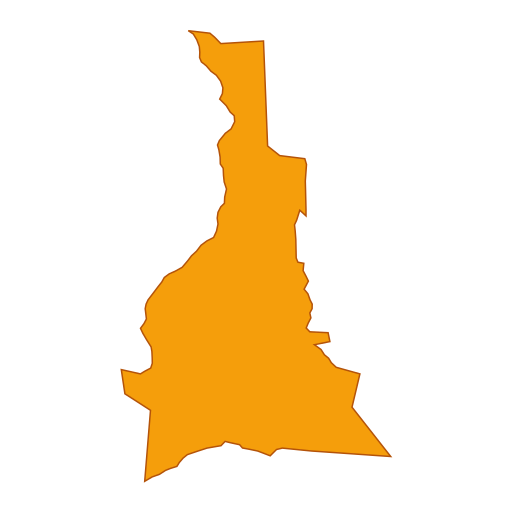 Condado, Paraíba, Brazil (Mercator projection)
{"feature_id": "56859067B6390679089384", "entity_name": "Condado", "entity_type": "district", "adm_level": 2, "iso_a3": "BRA", "parent_name": "Brazil", "parent_adm1": "Paraíba", "projection": "mercator", "projection_center": [-37.624, -6.87], "detail": "fine", "context": "isolated", "style": "filled", "palette": "amber", "viewbox_px": 512, "rotation_deg": 0, "n_neighbors": 0, "source": "geoboundaries", "source_scale": "gbopen_adm2", "svg_char_len": 1782}
<svg xmlns="http://www.w3.org/2000/svg" viewBox="0 0 512 512"><path d="M144.7,481.3L152.2,476.9L159.5,474.3L165.5,470.4L170.5,468.4L176.9,466.4L179.3,462.5L183.1,458.1L187.4,454.6L198.4,450.9L207.0,448.1L216.8,446.4L221.0,445.7L225.1,441.4L229.9,442.6L239.6,444.7L242.5,448.0L249.0,449.2L257.6,451.0L261.9,452.6L270.2,455.8L276.5,449.5L282.3,448.1L311.5,451.0L390.7,456.5L352.0,407.2L359.9,373.9L336.2,367.3L331.3,362.7L328.6,358.2L324.4,354.8L321.0,349.5L314.4,344.7L329.9,341.6L328.1,332.7L309.8,331.8L306.2,328.0L308.2,323.1L310.9,317.9L309.8,313.0L312.1,308.7L312.2,304.1L310.1,300.0L307.9,293.8L304.1,289.2L308.4,281.1L306.0,276.2L303.1,270.7L303.8,263.3L297.9,262.2L296.2,258.0L295.8,239.2L295.2,231.1L294.5,224.8L296.6,220.3L297.9,216.2L299.8,210.2L306.0,215.9L306.0,209.7L305.5,188.3L305.3,181.1L306.5,164.5L304.8,158.7L279.7,155.6L267.6,146.0L263.5,41.0L220.8,43.6L214.6,37.2L209.9,33.2L188.3,30.7L193.3,34.0L196.8,39.8L199.3,46.5L199.8,52.2L199.6,57.6L201.4,61.9L206.3,65.8L211.0,71.3L216.3,75.2L220.6,81.1L222.9,87.8L222.4,93.6L219.7,99.1L226.3,105.7L230.2,112.1L234.2,115.7L234.7,121.7L231.1,128.9L225.3,133.3L222.4,136.9L219.4,140.5L217.5,145.0L218.9,149.9L220.1,157.1L220.3,164.0L223.2,168.3L223.5,175.4L224.2,182.0L226.5,189.0L224.7,197.0L224.4,203.3L220.8,206.8L218.0,212.3L217.2,218.1L218.0,224.0L216.5,231.2L213.6,237.5L206.9,240.9L201.1,245.2L196.5,251.2L191.5,255.8L187.7,260.8L182.2,267.3L175.2,271.2L169.3,273.8L164.3,277.5L161.8,282.0L158.0,286.8L153.1,293.3L148.1,299.8L146.1,304.1L145.2,308.7L145.8,313.7L146.4,319.0L144.0,323.6L140.5,328.3L142.9,333.4L146.4,339.4L151.1,346.9L151.9,351.5L152.2,357.9L152.3,363.3L150.7,368.1L145.0,371.1L140.4,373.9L121.3,369.6L124.9,393.8L150.5,410.3L144.7,481.3Z" fill="#f59e0b" stroke="#b45309" stroke-width="1.5"/></svg>